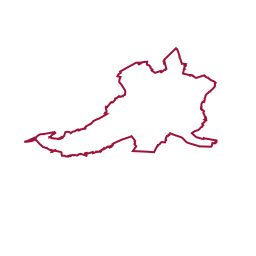 the district of Tepeyahualco, Puebla, Mexico, rotated 243°
{"feature_id": "50627088B49608937685636", "entity_name": "Tepeyahualco", "entity_type": "district", "adm_level": 2, "iso_a3": "MEX", "parent_name": "Mexico", "parent_adm1": "Puebla", "projection": "equal_earth", "projection_center": [-97.469, 19.519], "detail": "fine", "context": "isolated", "style": "outline", "palette": "rose", "viewbox_px": 256, "rotation_deg": 243, "n_neighbors": 0, "source": "geoboundaries", "source_scale": "gbopen_adm2", "svg_char_len": 5782}
<svg xmlns="http://www.w3.org/2000/svg" viewBox="0 0 256 256"><g transform="rotate(243 128 128)"><path d="M98.4,154.5L99.5,155.6L100.0,155.8L99.9,156.0L100.0,156.6L101.4,156.7L103.2,159.0L102.6,159.8L103.6,161.0L103.0,161.7L104.2,163.2L101.0,165.9L95.8,171.0L94.6,171.9L89.7,173.4L88.2,174.1L86.1,176.1L79.7,182.9L79.0,183.4L79.0,183.6L73.5,193.8L73.9,194.4L76.3,196.4L76.1,196.6L75.4,197.5L74.8,198.7L75.5,198.9L75.2,199.8L76.0,200.0L75.8,200.7L76.6,200.9L76.5,201.1L76.8,201.2L80.0,196.7L81.2,195.4L81.9,194.2L83.0,193.1L83.4,192.0L84.6,191.0L83.9,190.4L85.2,188.6L85.3,188.4L87.3,186.5L88.6,184.9L89.7,184.3L94.4,182.5L94.6,183.0L94.6,183.6L94.8,184.4L94.7,185.6L94.9,186.3L94.7,187.4L94.4,188.7L94.4,190.3L94.6,191.2L95.5,193.3L95.4,194.8L96.3,195.5L96.4,196.4L98.1,196.0L98.3,196.3L98.2,196.9L98.3,197.6L98.4,198.0L98.6,198.3L98.7,198.9L98.9,198.9L99.2,199.2L99.2,199.8L99.5,199.7L99.8,200.2L99.6,200.9L99.4,201.3L100.5,201.6L100.5,201.4L100.9,200.7L101.0,201.3L101.5,201.3L101.3,202.0L102.7,202.2L103.4,201.6L105.9,202.1L106.5,201.8L107.4,202.1L108.0,202.7L108.3,203.3L109.4,202.9L110.1,203.3L109.8,203.0L110.4,202.2L110.8,202.6L111.3,202.4L111.7,201.7L111.9,201.6L112.7,202.1L112.8,202.4L113.0,202.4L113.1,202.7L113.6,202.9L113.5,203.1L113.8,203.4L114.2,203.4L115.9,204.2L117.2,205.9L117.3,206.3L117.2,206.3L117.0,206.8L117.1,207.4L116.9,207.5L117.1,207.7L117.0,208.0L117.6,208.0L118.0,208.9L118.4,209.3L119.5,209.7L120.0,210.5L121.6,211.8L122.4,213.1L122.7,213.9L122.8,215.2L123.3,216.2L123.3,217.4L123.2,217.8L123.4,217.8L123.9,219.2L124.1,220.2L125.1,223.4L125.8,224.0L125.9,224.5L128.0,225.5L127.9,225.9L128.6,226.7L130.7,225.6L132.8,223.8L135.3,222.3L134.7,222.9L136.5,222.1L136.6,221.7L138.6,220.3L139.1,220.4L139.3,220.0L139.6,220.0L139.5,219.8L140.5,219.1L141.6,211.8L141.8,211.2L143.7,210.1L145.2,209.7L145.5,209.3L145.1,209.4L145.1,209.2L146.1,208.9L146.4,208.2L146.4,207.4L146.9,207.6L147.0,207.2L149.0,204.7L151.5,201.7L151.6,201.8L152.1,201.2L151.8,202.0L155.4,204.9L155.1,205.4L155.8,205.4L156.6,206.0L157.1,207.4L157.8,206.8L158.1,208.0L158.4,208.5L158.6,208.7L160.7,205.6L160.7,205.2L164.9,205.8L165.4,206.0L166.6,205.9L167.9,206.0L168.4,206.6L175.8,207.6L176.3,206.7L177.2,206.8L172.4,191.3L171.7,191.1L171.4,190.0L169.1,189.5L169.4,190.4L163.2,189.0L163.3,188.2L162.9,188.1L162.8,187.6L163.2,187.0L163.2,186.6L162.8,185.1L162.8,184.2L162.5,183.0L161.9,182.5L163.9,183.2L164.9,177.1L168.4,175.2L169.0,176.3L170.8,175.3L172.4,175.8L173.1,175.3L173.6,175.5L174.1,175.4L175.6,173.8L176.3,173.8L176.8,174.1L178.3,175.2L178.5,174.8L178.5,174.2L179.3,173.3L179.4,172.5L180.3,170.0L180.0,169.8L180.2,169.2L179.9,169.0L179.3,169.4L179.7,168.8L179.9,168.9L180.3,167.9L179.7,167.5L179.6,167.1L179.9,166.5L181.2,166.2L181.5,166.9L182.5,165.0L181.9,146.6L180.4,146.6L180.2,144.0L178.9,142.1L176.8,144.5L175.1,142.4L172.8,141.0L171.2,141.5L169.0,141.9L162.9,142.4L162.3,142.3L161.2,141.9L160.6,141.6L159.8,140.8L159.0,140.5L159.1,138.3L158.5,137.8L159.2,136.5L159.1,135.6L159.7,134.5L160.2,134.8L160.5,134.4L160.0,131.7L159.6,131.4L159.9,130.8L159.8,130.1L160.0,129.8L158.7,128.8L157.8,126.3L158.4,125.5L158.0,125.0L158.6,124.3L155.9,118.6L157.0,118.0L156.9,117.8L156.6,117.6L152.4,116.4L151.5,115.7L152.1,114.8L151.7,114.1L151.5,114.5L150.7,114.4L150.0,115.4L149.5,107.1L149.6,105.8L149.8,104.9L149.9,100.4L149.3,98.8L148.4,96.5L148.7,96.3L148.6,94.2L148.6,92.6L148.5,92.2L148.5,91.1L148.3,90.7L148.0,90.6L147.9,90.0L147.3,90.2L146.9,89.9L146.9,89.6L146.9,88.9L147.4,88.1L147.9,86.2L148.3,85.1L147.9,83.7L148.1,83.3L148.6,83.6L148.9,83.4L149.0,83.0L148.8,82.6L149.4,82.6L149.4,80.4L149.1,79.3L149.8,77.5L149.4,74.8L149.8,74.9L149.9,74.6L151.1,73.9L151.6,73.1L152.2,72.2L152.5,71.4L152.6,70.5L152.7,70.3L150.4,67.9L150.0,67.6L149.7,66.5L149.8,66.1L149.6,65.7L149.0,65.4L149.1,63.6L149.9,64.3L150.0,63.9L149.8,63.5L149.6,63.5L149.7,63.0L149.9,63.2L149.7,61.7L150.1,61.2L149.8,60.8L151.0,59.5L152.5,56.9L152.9,56.7L153.4,55.5L153.9,55.3L154.1,55.0L154.9,54.5L155.5,53.9L155.5,53.7L155.7,53.8L155.3,54.8L155.3,55.0L156.2,56.6L156.2,57.1L156.5,57.7L156.3,59.0L156.5,60.1L156.6,61.9L156.8,60.3L157.2,60.2L157.8,60.4L160.5,51.5L160.6,50.4L160.9,50.2L162.2,47.0L162.2,45.2L162.0,43.5L161.5,42.3L161.8,40.4L162.1,32.4L162.8,29.3L161.7,31.6L160.6,34.6L159.9,37.7L160.0,40.8L159.3,40.5L158.5,40.5L157.9,41.0L156.4,41.4L153.5,42.1L152.4,42.7L151.5,42.8L151.1,43.2L150.6,43.4L150.2,43.4L149.4,43.8L149.0,44.5L147.7,45.5L147.2,46.1L147.2,46.6L146.8,46.6L143.5,48.7L143.6,49.2L142.8,50.2L142.4,50.3L142.0,50.2L141.3,49.1L141.0,50.0L141.4,51.4L141.1,51.9L141.6,52.3L141.4,53.0L140.9,52.6L137.2,57.2L136.7,57.5L136.0,57.5L134.7,56.9L133.8,56.9L133.4,56.6L133.2,56.6L132.0,59.0L130.8,59.8L130.3,61.1L129.6,61.6L129.8,62.2L130.2,62.4L130.1,62.7L130.0,62.8L129.9,63.8L129.1,63.7L129.0,64.3L129.6,64.7L129.2,66.0L128.9,66.7L128.5,66.9L128.3,67.4L127.8,68.9L127.2,69.3L126.7,70.0L126.6,70.8L126.7,71.4L126.9,71.6L126.8,72.3L126.9,72.7L126.2,73.8L126.4,74.2L122.6,77.9L122.5,78.0L123.0,78.1L122.8,78.5L123.5,78.5L123.8,77.8L124.0,78.1L124.4,78.0L124.6,77.9L125.1,78.6L124.6,79.2L124.4,80.2L123.6,80.0L122.6,85.7L121.5,85.3L121.0,88.5L120.8,89.1L121.3,89.2L120.9,89.9L120.2,90.9L120.2,92.3L119.3,92.4L119.4,93.4L120.3,93.4L120.4,95.5L120.2,95.5L120.1,96.5L120.7,96.6L121.0,97.5L120.2,97.6L120.2,99.4L120.6,100.2L120.1,101.4L120.3,101.6L120.1,101.7L120.1,102.7L118.8,102.8L118.8,104.7L119.8,104.8L119.7,105.8L119.4,105.8L119.5,106.1L119.4,106.4L119.7,106.8L120.6,106.8L120.7,108.3L120.9,108.4L120.8,109.5L120.4,117.7L119.2,125.2L119.1,127.4L113.2,128.5L112.9,127.7L111.2,127.5L110.8,126.4L108.0,127.1L105.2,121.9L97.9,134.8L94.6,140.2L98.4,145.4L98.2,145.9L99.4,146.9L99.1,147.5L99.2,148.9L100.1,150.7L100.2,151.6L98.6,154.0L98.4,154.5Z" fill="none" stroke="#9f1239" stroke-width="2"/></g></svg>